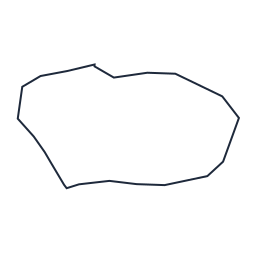 Shirvan City, Shirvan, Azerbaijan, rotated 92°
{"feature_id": "54616110B45272408011177", "entity_name": "Shirvan City", "entity_type": "district", "adm_level": 2, "iso_a3": "AZE", "parent_name": "Azerbaijan", "parent_adm1": "Shirvan", "projection": "equal_earth", "projection_center": [48.921, 39.972], "detail": "fine", "context": "isolated", "style": "outline", "palette": "slate", "viewbox_px": 256, "rotation_deg": 92, "n_neighbors": 0, "source": "geoboundaries", "source_scale": "gbopen_adm2", "svg_char_len": 448}
<svg xmlns="http://www.w3.org/2000/svg" viewBox="0 0 256 256"><g transform="rotate(92 128 128)"><path d="M65.7,163.6L73.2,190.8L79.1,217.2L90.5,235.1L96.1,235.7L122.5,238.5L139.8,221.9L155.0,210.4L165.1,204.0L187.0,189.9L190.3,187.2L186.0,175.0L183.0,154.9L181.5,144.7L183.8,117.4L183.8,89.4L173.3,47.0L158.3,31.8L114.1,17.5L93.1,34.9L72.1,82.6L72.1,110.6L78.1,143.9L67.6,163.6L65.7,163.6Z" fill="none" stroke="#1e293b" stroke-width="2"/></g></svg>